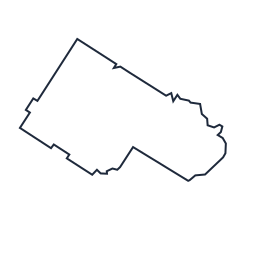 the district of Worth, Georgia, United States of America, rotated 122°
{"feature_id": "52423323B78408762151605", "entity_name": "Worth", "entity_type": "district", "adm_level": 2, "iso_a3": "USA", "parent_name": "United States of America", "parent_adm1": "Georgia", "projection": "robinson", "projection_center": [-83.867, 31.583], "detail": "fine", "context": "isolated", "style": "outline", "palette": "slate", "viewbox_px": 256, "rotation_deg": 122, "n_neighbors": 0, "source": "geoboundaries", "source_scale": "gbopen_adm2", "svg_char_len": 719}
<svg xmlns="http://www.w3.org/2000/svg" viewBox="0 0 256 256"><g transform="rotate(122 128 128)"><path d="M97.8,32.0L89.3,36.8L86.3,42.4L86.4,48.2L82.2,47.1L76.7,48.8L76.8,52.2L81.9,55.3L83.5,61.9L78.2,65.8L77.0,72.8L69.4,79.6L73.3,88.4L72.5,90.9L75.5,99.1L73.7,103.7L81.3,103.8L75.5,109.8L80.4,112.8L80.2,155.5L80.0,167.0L84.6,171.8L80.0,171.8L79.9,178.7L79.4,218.2L147.9,219.1L153.0,219.2L153.1,224.0L166.8,224.2L166.9,219.4L185.2,219.7L185.9,182.6L181.3,182.2L181.6,163.7L186.2,163.8L186.6,133.6L179.9,132.2L181.0,127.1L177.9,121.6L175.9,123.1L170.6,119.7L169.1,115.0L165.4,114.0L141.5,113.6L140.9,49.0L139.6,48.1L132.5,45.8L126.6,38.0L102.5,31.8L97.8,32.0Z" fill="none" stroke="#1e293b" stroke-width="2"/></g></svg>